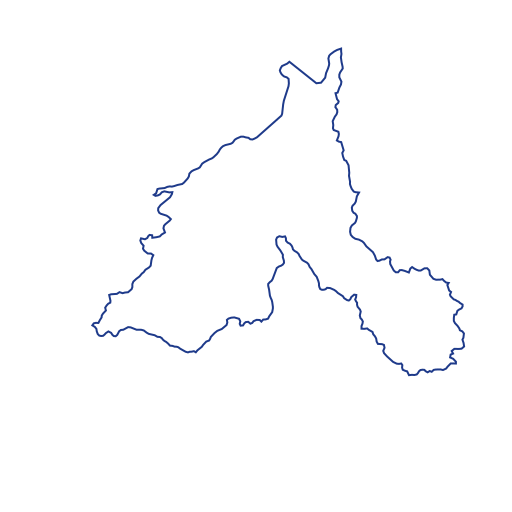 the district of Nanuque, Minas Gerais, Brazil, rotated 250°
{"feature_id": "56859067B31729881403209", "entity_name": "Nanuque", "entity_type": "district", "adm_level": 2, "iso_a3": "BRA", "parent_name": "Brazil", "parent_adm1": "Minas Gerais", "projection": "albers", "projection_center": [-40.519, -17.735], "detail": "fine", "context": "isolated", "style": "outline", "palette": "blue", "viewbox_px": 512, "rotation_deg": 250, "n_neighbors": 0, "source": "geoboundaries", "source_scale": "gbopen_adm2", "svg_char_len": 6107}
<svg xmlns="http://www.w3.org/2000/svg" viewBox="0 0 512 512"><g transform="rotate(250 256 256)"><path d="M269.6,104.7L263.6,103.9L262.0,103.1L261.7,100.8L260.6,98.7L259.0,96.6L256.1,96.3L254.2,92.5L252.8,90.7L251.1,89.9L249.2,87.4L247.0,85.0L248.0,82.5L248.2,80.5L246.8,78.5L244.5,80.3L242.1,81.1L239.7,80.6L236.8,80.6L234.8,81.5L233.8,83.1L233.3,85.0L233.9,86.7L234.9,88.6L235.6,91.5L233.3,93.6L231.0,94.1L229.4,95.0L228.6,96.7L229.3,98.6L232.1,101.7L232.7,103.7L232.1,106.1L232.9,111.5L231.8,113.8L227.6,118.5L225.9,123.0L224.4,125.1L221.4,127.0L219.5,128.6L216.2,133.7L213.8,135.7L212.7,138.1L211.0,139.4L209.3,139.9L207.5,140.9L206.0,142.2L203.7,143.5L201.2,144.5L200.1,146.8L198.6,148.6L197.9,150.4L196.8,151.8L194.9,153.0L190.1,157.1L188.7,159.1L188.7,160.9L188.1,162.8L187.8,165.1L186.1,166.5L187.4,168.7L189.2,174.0L190.6,176.0L192.6,180.0L192.6,183.0L193.8,184.5L195.4,185.9L197.8,190.7L198.9,194.0L199.1,198.9L201.2,204.7L203.3,206.3L205.9,206.8L206.6,208.7L206.5,211.6L205.7,214.6L202.8,218.6L200.0,218.9L197.8,217.5L195.8,217.7L195.2,220.1L196.7,221.9L197.4,223.7L196.8,226.2L194.3,227.6L194.4,229.6L195.6,231.4L195.8,234.7L194.6,237.6L192.5,238.6L193.8,241.0L193.1,243.4L193.0,245.9L194.9,247.9L197.7,252.0L200.9,253.9L202.5,254.5L207.2,255.5L209.3,255.7L211.6,255.5L213.9,255.5L219.9,256.8L223.9,257.3L225.6,257.9L226.7,260.0L227.4,262.2L228.7,263.8L237.6,271.4L238.3,274.0L238.3,276.3L238.8,278.3L240.0,280.0L242.1,280.6L245.8,280.8L248.0,281.7L252.8,280.8L257.4,279.4L259.7,279.2L264.5,280.5L266.2,282.1L266.6,284.7L264.9,287.3L264.5,290.0L262.5,290.2L260.1,289.4L257.8,290.3L255.9,292.1L253.6,293.0L251.5,293.2L249.6,293.0L247.7,293.9L245.4,295.8L243.2,296.8L241.3,296.9L237.0,297.9L235.5,298.8L232.2,301.7L230.3,302.5L227.3,302.7L224.8,303.6L219.1,304.6L215.7,305.9L211.1,306.0L208.7,305.8L206.7,305.1L204.9,304.9L202.9,305.1L201.7,306.4L201.1,308.2L201.0,310.0L201.8,311.9L200.5,314.7L197.4,317.9L195.5,319.2L193.2,320.3L188.5,323.9L186.2,324.4L183.4,326.5L182.4,328.0L183.1,329.8L184.8,331.5L186.1,335.0L185.1,336.9L183.0,335.9L181.2,334.3L179.2,334.5L177.5,335.0L175.7,334.3L173.6,334.1L170.0,335.4L168.0,335.4L164.6,333.2L161.8,332.9L160.2,333.7L157.9,334.0L156.0,332.9L154.1,331.2L151.6,330.3L150.5,332.9L149.9,335.7L148.1,336.7L144.8,339.5L142.3,339.4L139.9,340.3L137.4,340.7L134.3,340.1L131.7,340.5L130.1,344.2L128.7,345.8L125.8,345.4L123.3,343.1L120.9,343.1L116.8,344.8L109.6,348.6L106.7,351.4L105.7,353.5L105.3,355.7L103.4,356.2L101.2,355.1L98.9,355.0L97.1,356.9L95.9,358.6L91.7,359.0L91.0,361.9L90.0,364.1L89.7,366.5L90.7,368.3L91.9,369.7L92.6,371.5L92.2,373.6L91.4,375.3L89.7,376.0L88.0,377.5L88.5,379.9L87.1,381.5L88.2,384.0L87.8,386.2L86.3,390.6L84.9,392.7L85.2,396.2L86.5,398.2L88.4,402.2L86.6,407.1L88.3,407.7L92.0,406.1L94.3,403.7L96.8,405.2L96.9,407.8L99.8,407.4L100.9,410.6L99.2,415.1L98.6,417.5L99.8,420.6L103.3,421.3L106.8,421.4L108.2,422.9L112.1,424.9L114.6,424.1L116.5,422.2L118.3,422.3L121.4,421.5L124.9,420.0L127.3,419.7L130.1,420.7L133.0,422.2L132.6,424.2L135.6,426.5L136.2,428.5L136.5,431.2L138.0,432.9L139.7,433.5L142.1,431.6L143.7,430.8L145.1,429.4L146.5,428.4L147.6,427.0L151.6,425.1L153.3,425.0L155.5,427.0L157.5,425.7L163.3,425.9L164.8,427.8L166.0,425.6L168.5,424.1L170.5,423.3L170.7,421.3L172.1,417.1L173.9,414.9L178.9,413.0L183.1,413.9L185.9,412.7L186.8,410.1L186.0,405.9L186.6,404.0L188.0,402.3L189.8,400.6L192.2,398.9L191.4,396.7L188.2,394.0L191.2,390.6L192.9,388.2L193.5,386.3L192.1,384.0L192.9,381.8L195.2,380.5L202.5,379.4L205.1,380.1L206.5,381.2L208.8,381.0L209.9,379.3L208.9,375.6L209.7,373.1L209.4,370.3L209.7,368.5L211.6,367.7L215.7,367.8L219.6,367.2L227.3,363.0L231.4,361.9L233.4,360.9L236.2,358.3L238.2,355.2L240.8,353.3L243.5,352.3L246.6,352.7L250.1,354.4L251.9,356.5L253.2,360.3L254.3,361.6L257.4,363.9L259.0,364.5L261.8,363.8L263.2,362.5L265.6,361.9L268.7,362.6L270.2,363.9L271.5,366.7L273.0,368.4L277.6,371.2L280.4,374.5L282.0,371.2L283.1,369.9L286.4,368.9L289.5,368.8L291.5,368.9L293.7,369.8L299.5,370.8L302.3,372.1L309.6,374.0L314.6,373.3L316.0,371.8L319.7,371.8L323.3,372.3L325.3,374.5L333.9,375.0L335.1,373.0L336.9,371.5L340.3,374.5L342.3,375.6L344.6,375.9L347.8,372.1L349.7,372.0L352.6,373.4L356.5,374.2L360.0,377.8L361.5,380.1L363.4,381.6L365.7,382.3L368.7,381.5L370.6,382.6L371.7,385.6L373.1,386.6L375.7,385.8L381.8,386.4L381.6,388.6L385.8,392.0L388.1,394.5L390.6,395.9L395.4,395.4L397.9,396.3L399.7,397.8L402.5,401.6L404.2,402.1L408.8,402.7L413.6,403.7L416.6,405.4L419.2,406.0L421.8,406.9L421.9,402.7L421.4,399.4L420.1,395.0L419.2,393.3L416.9,391.6L411.8,390.6L410.2,389.8L407.7,387.9L403.9,384.4L399.9,382.0L396.6,376.4L397.7,371.8L427.1,353.8L426.1,351.1L425.6,345.4L424.2,343.6L422.3,341.9L420.4,341.8L418.2,342.2L416.6,342.9L415.0,343.9L413.4,346.0L411.3,347.2L406.9,345.9L404.4,344.6L392.4,335.3L389.2,333.4L380.7,329.2L379.2,327.9L367.2,297.5L366.8,294.8L366.7,292.5L367.7,290.5L369.6,289.4L371.0,286.9L372.5,284.9L373.3,282.7L373.0,278.0L372.5,275.8L371.3,274.1L370.4,272.6L370.1,270.6L370.7,265.2L370.5,262.6L369.7,260.5L368.5,258.5L366.8,256.6L365.2,254.1L363.3,249.7L362.8,247.8L362.7,245.0L361.9,239.6L361.2,237.0L358.5,233.5L358.1,231.5L358.0,226.8L357.6,224.4L356.2,221.6L353.7,220.1L352.2,218.3L349.6,213.4L348.9,211.3L349.6,206.5L349.7,202.9L350.0,200.6L350.9,198.8L351.3,196.3L351.1,193.4L352.4,188.3L352.6,186.3L349.1,183.6L348.4,180.9L346.9,182.1L346.5,184.5L346.7,186.8L348.1,189.3L348.1,192.0L345.4,196.3L344.6,199.2L343.0,198.2L340.6,195.3L336.5,183.7L334.4,180.5L332.3,179.6L329.8,179.8L328.3,180.9L324.5,185.8L322.6,187.2L319.8,188.6L318.8,187.1L316.8,181.5L315.9,179.9L313.7,178.5L309.2,178.5L308.5,174.8L307.3,172.3L307.7,169.0L308.6,164.8L311.0,165.5L312.2,163.2L311.5,161.5L310.1,160.0L309.7,157.4L311.9,154.0L310.1,152.6L307.4,152.6L304.1,153.9L301.5,152.3L299.2,152.8L295.4,155.1L294.2,158.2L291.9,159.8L289.8,157.7L287.8,156.3L282.9,153.7L281.8,151.5L280.9,147.4L279.2,144.9L278.5,142.7L276.6,139.5L275.5,135.8L273.9,132.0L271.9,130.2L269.1,129.2L267.4,127.8L265.7,123.4L266.5,120.3L266.7,117.9L268.7,115.4L268.0,112.3L269.6,106.7L269.6,104.7Z" fill="none" stroke="#1e3a8a" stroke-width="2"/></g></svg>